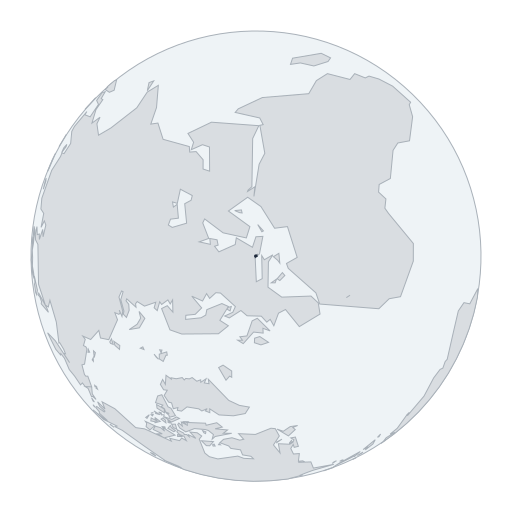 globe centered on Tiranë, rotated 224°
{"feature_id": "ALB-1529", "entity_name": "Tiranë", "entity_type": "County", "adm_level": 1, "iso_a3": "ALB", "parent_name": "Albania", "parent_adm1": "", "projection": "orthographic", "projection_center": [19.744, 41.26], "detail": "fine", "context": "on_globe", "style": "filled", "palette": "slate", "viewbox_px": 512, "rotation_deg": 224, "n_neighbors": 0, "source": "natural_earth", "source_scale": "10m", "svg_char_len": 11017}
<svg xmlns="http://www.w3.org/2000/svg" viewBox="0 0 512 512"><g transform="rotate(224 256 256)"><circle cx="256" cy="256" r="225" fill="#eef3f6" stroke="#a8b0b8"/><path d="M159.3,52.5L168.6,49.2L162.3,51.9L166.2,50.8L174.4,47.6L178.9,45.8L203.5,41.8L231.1,37.7L238.8,35.3L237.9,37.1L252.0,32.6L266.4,32.1L250.7,33.5L249.5,34.4L259.5,34.1L260.4,35.1L265.8,35.7L266.1,37.1L256.9,38.4L256.9,39.5L264.0,39.3L268.7,41.1L258.3,41.0L265.4,44.2L251.4,48.1L223.3,49.0L216.0,54.3L188.3,64.0L191.3,65.0L182.7,70.1L183.0,73.4L177.8,74.8L182.5,76.3L187.2,74.4L190.8,74.6L191.4,76.5L184.9,78.4L183.6,77.7L182.0,79.3L178.5,79.6L180.5,80.5L172.6,83.0L181.2,83.5L175.5,88.0L170.0,88.8L169.6,84.8L155.9,78.7L150.2,79.2L142.5,83.5L130.1,99.4L124.2,102.0L116.9,108.4L120.5,108.4L127.5,103.6L132.5,105.8L140.5,100.1L143.7,100.4L152.3,96.6L152.0,101.6L147.0,108.6L139.8,112.2L137.5,115.6L145.1,116.1L132.5,127.2L125.6,142.5L122.2,145.2L114.2,142.7L112.2,132.2L101.9,131.0L109.5,136.5L101.0,144.0L100.0,147.5L101.0,150.1L104.6,149.3L101.9,153.1L93.3,148.5L95.6,144.9L98.3,146.3L97.3,141.7L91.5,139.6L87.6,144.0L82.9,137.8L80.1,141.1L77.5,141.9L82.3,136.9L73.5,146.0L67.4,143.3L55.3,160.2L66.1,141.5L69.4,134.7L72.2,128.4L70.2,130.9L76.7,120.4L77.9,118.0L89.2,104.6L101.5,92.0L114.8,80.5L128.9,70.0L143.7,60.7L159.3,52.5ZM58.1,148.4L55.4,153.9L53.1,158.2L58.1,148.4ZM45.2,176.6L44.4,178.8L43.8,180.4L45.2,176.6ZM35.9,208.0L34.7,213.7L35.6,211.6L36.1,215.7L33.6,225.6L35.8,221.1L34.7,230.2L37.0,245.8L36.2,246.8L37.8,271.9L43.5,291.7L44.8,302.3L43.7,305.1L46.6,311.5L46.7,314.5L61.7,339.3L72.3,357.0L74.0,366.9L69.0,370.1L73.8,386.7L68.1,380.2L59.6,366.3L52.1,351.7L45.7,336.7L40.4,321.2L36.2,305.4L33.2,289.3L31.4,273.1L30.7,256.7L31.3,240.4L33.0,224.1L35.9,208.0ZM52.2,165.0L45.2,187.8L45.9,180.2L46.4,180.4L48.8,173.3L52.3,163.4L53.8,157.8L52.2,165.0ZM56.3,162.7L57.2,159.6L56.8,162.0L56.3,162.7ZM180.7,45.0L174.5,47.5L166.7,50.3L171.8,48.0L180.7,45.0ZM195.6,41.2L193.0,42.3L188.9,42.6L191.7,41.9L195.6,41.2ZM244.2,33.7L239.0,34.2L243.7,33.5L244.2,33.7ZM266.5,35.6L267.7,35.3L270.0,35.8L266.5,35.6ZM151.9,94.2L152.1,95.4L150.4,95.5L151.9,94.2ZM155.5,91.6L153.4,90.9L154.8,89.5L156.1,90.0L155.5,91.6ZM272.5,38.5L275.8,39.8L270.8,38.7L272.5,38.5ZM157.7,92.9L157.5,87.3L160.0,85.1L166.9,85.2L157.7,92.9ZM276.7,40.6L284.8,44.1L288.2,43.4L283.3,47.7L278.0,43.1L271.4,41.7L275.9,41.6L276.7,40.6ZM188.4,73.1L183.4,75.1L187.0,71.7L188.4,73.1ZM189.8,70.9L195.8,61.3L203.4,59.6L199.9,63.0L209.4,59.8L210.2,63.7L205.2,66.3L200.1,66.5L204.3,67.9L189.8,70.9ZM279.3,49.8L279.9,51.1L277.5,50.1L279.3,49.8ZM192.5,74.4L193.1,72.5L199.7,70.8L199.9,74.5L197.7,73.8L192.5,74.4ZM211.5,57.2L216.5,56.9L218.5,59.8L220.7,60.2L210.9,63.6L211.5,57.2ZM196.5,75.1L199.8,76.4L197.2,79.0L192.5,76.3L196.5,75.1ZM201.4,68.9L204.6,68.4L202.9,69.8L201.4,68.9ZM189.8,89.6L190.3,87.0L193.8,85.8L189.8,89.6ZM201.3,76.7L202.2,75.9L203.6,75.2L205.2,76.6L201.3,76.7ZM213.0,65.6L212.8,67.1L217.1,64.3L218.9,66.7L212.0,68.7L215.7,68.9L216.2,69.6L210.0,70.5L213.0,65.6ZM211.2,76.2L203.0,80.0L201.4,85.0L198.2,86.0L201.4,77.9L211.2,76.2ZM211.0,72.7L210.4,75.0L206.8,75.0L204.9,73.4L211.0,72.7ZM222.5,67.7L221.6,63.5L223.2,63.3L222.5,67.7ZM211.4,77.6L213.4,76.6L211.7,77.9L211.4,77.6ZM219.9,70.7L219.4,69.1L221.2,68.9L219.9,70.7ZM217.7,76.2L215.1,77.4L213.8,76.2L217.7,76.2ZM219.3,73.7L221.8,73.7L214.9,75.1L218.8,73.0L219.3,73.7ZM221.6,70.7L222.5,70.0L221.6,71.4L221.6,70.7ZM224.3,80.1L215.8,82.2L212.9,79.6L221.5,77.8L224.3,80.1ZM139.3,361.6L123.8,327.1L130.5,317.8L131.0,303.4L176.8,265.7L187.3,271.1L224.2,269.5L228.9,271.8L225.4,283.6L253.8,299.0L261.9,288.9L286.8,295.0L302.8,292.5L307.1,269.2L280.8,272.9L275.5,262.3L295.8,249.8L318.7,247.0L317.3,242.8L302.2,235.8L306.7,226.7L296.9,232.7L301.4,236.5L295.3,240.6L290.8,237.5L292.6,234.2L285.6,233.2L278.9,249.8L282.8,255.4L264.6,259.8L269.4,269.8L264.7,274.9L255.0,260.0L255.4,254.2L237.9,237.7L235.8,244.0L252.2,260.3L247.4,259.1L244.7,268.6L243.0,260.4L225.7,241.9L208.9,244.3L188.6,265.4L178.6,265.5L169.6,258.7L175.8,235.3L197.6,238.0L200.1,230.5L194.7,218.2L201.8,220.3L202.3,215.9L210.4,216.4L220.9,206.8L229.0,206.3L232.2,192.9L236.8,191.1L233.6,199.4L235.7,205.3L255.8,204.7L259.4,201.7L259.9,193.3L265.4,194.6L263.2,186.5L274.3,182.5L259.0,180.9L259.2,171.8L265.3,164.6L262.6,161.5L252.6,173.4L251.1,178.6L254.1,183.3L247.5,198.1L240.8,200.5L237.3,184.6L227.4,186.6L229.0,174.0L255.2,148.3L266.6,143.1L287.4,152.6L285.3,158.6L276.8,157.9L285.5,166.5L284.4,161.9L288.9,163.2L290.2,155.6L293.5,156.2L289.1,148.1L293.3,148.0L296.0,153.1L301.4,142.5L309.8,140.7L309.5,138.0L306.7,135.8L319.2,135.4L318.4,133.5L314.0,132.9L309.5,128.8L306.5,121.8L311.0,122.0L312.7,124.6L323.0,130.7L326.8,138.0L328.4,137.5L326.1,131.3L313.5,123.7L310.4,119.4L316.8,122.1L314.2,120.8L314.1,118.8L318.2,117.2L311.3,113.9L303.8,93.5L310.9,89.0L317.4,93.3L316.9,81.1L325.0,78.1L320.9,77.4L317.9,71.7L315.3,72.5L313.1,71.8L304.2,59.1L305.6,56.8L297.1,51.6L295.0,51.3L293.5,52.7L283.3,47.7L288.2,43.4L292.7,44.1L292.7,41.4L303.0,43.6L311.5,44.6L322.8,49.4L328.6,50.2L327.9,49.1L335.2,49.8L352.6,56.0L341.5,55.6L316.0,49.8L326.6,52.3L325.1,53.3L329.5,55.3L337.0,57.3L337.3,56.5L353.8,69.8L373.5,81.0L370.0,75.0L373.5,74.4L392.8,84.6L420.9,112.8L425.8,114.5L429.9,118.4L434.0,125.0L428.2,119.4L427.2,121.3L423.3,117.4L427.9,127.0L422.5,121.9L428.7,132.3L432.6,134.2L430.5,127.3L438.3,139.2L443.4,140.4L450.2,148.8L462.5,175.8L465.7,191.7L467.2,195.4L465.2,196.3L467.5,208.2L475.1,217.7L476.6,223.1L478.0,242.4L477.2,238.7L472.0,240.9L474.6,255.6L478.7,257.2L480.2,266.5L478.6,269.4L476.7,261.7L474.8,262.1L472.8,250.1L466.3,237.6L464.6,247.5L462.3,240.6L453.2,233.5L449.3,247.4L444.7,279.8L448.1,298.4L444.8,310.9L430.7,293.7L423.3,277.8L418.9,283.5L403.9,275.4L380.0,288.4L375.9,284.7L371.6,289.5L360.9,288.5L354.5,281.8L348.3,284.8L365.2,302.1L371.8,298.9L376.4,287.5L379.9,294.5L390.1,296.9L381.0,321.3L344.5,351.7L340.0,338.2L307.1,303.0L307.5,297.9L307.3,297.4L306.9,296.5L304.9,305.0L298.9,297.4L317.5,324.2L321.0,336.0L344.0,352.7L342.1,355.5L349.2,357.9L370.7,344.8L371.0,349.5L361.5,374.4L330.8,409.4L334.4,424.1L331.3,436.8L311.0,448.3L311.7,455.7L301.1,460.0L299.7,463.9L290.5,468.7L275.7,473.1L251.6,474.0L250.9,471.3L240.1,465.0L225.6,445.5L232.5,435.8L230.8,427.2L213.2,405.1L217.1,393.0L212.2,387.1L202.2,387.3L196.5,379.9L190.3,378.7L151.5,374.3L139.3,361.6ZM162.1,288.8L161.1,293.1L162.1,288.8ZM343.8,255.2L356.8,251.5L349.2,239.2L353.6,236.9L349.4,233.8L348.6,238.4L338.1,229.3L343.1,223.1L340.6,217.4L336.1,218.4L328.7,231.4L343.6,244.1L341.4,251.0L343.8,255.2ZM37.2,246.1L37.1,250.0L36.5,247.5L37.2,246.1ZM44.4,182.9L43.7,186.2L42.8,189.3L43.0,187.4L44.4,182.9ZM42.7,210.0L42.7,214.5L42.0,211.4L42.7,210.0ZM44.5,191.2L42.6,206.7L41.3,202.0L42.7,192.4L42.7,196.7L44.5,191.2ZM53.2,166.4L52.4,169.0L51.5,170.1L53.2,166.4ZM55.9,164.6L56.0,164.0L57.1,161.7L55.9,164.6ZM101.5,144.3L102.1,144.8L102.4,148.0L100.7,147.5L101.5,144.3ZM112.9,157.0L108.3,163.0L110.4,158.2L107.2,158.4L107.7,149.1L120.6,146.1L114.6,148.9L112.9,157.0ZM111.9,136.5L110.1,142.3L111.5,136.1L111.9,136.5ZM196.9,192.5L199.9,195.9L197.3,200.7L187.0,202.6L190.7,195.5L196.9,192.5ZM204.9,199.6L204.3,184.1L210.7,182.7L207.2,186.0L211.5,186.7L207.0,192.2L213.7,206.7L211.8,212.1L193.8,211.9L200.8,208.8L197.3,205.5L204.9,199.6ZM191.5,151.3L191.3,145.8L205.4,149.8L203.9,154.6L193.6,156.4L189.2,151.9L191.5,151.3ZM169.9,94.7L168.9,93.2L170.7,92.6L173.1,93.3L169.9,94.7ZM189.8,88.5L176.1,100.7L174.3,99.6L168.4,108.8L161.4,109.5L165.4,103.3L155.6,111.1L156.4,105.8L150.3,111.6L160.0,97.8L160.3,93.8L162.6,98.0L169.1,97.4L172.0,95.9L180.4,89.1L184.3,80.7L191.4,79.3L195.3,80.5L195.5,82.2L190.8,82.5L194.4,84.7L187.8,86.5L189.8,88.5ZM237.4,102.3L232.0,100.7L237.9,107.7L231.4,108.6L232.5,109.4L228.1,112.3L224.6,117.3L221.5,117.0L221.5,119.1L218.6,121.3L217.5,124.2L211.6,124.8L209.8,128.5L208.0,126.8L206.6,133.0L205.0,128.8L201.1,131.5L204.7,134.2L175.3,133.2L164.2,137.0L155.8,142.7L154.3,135.2L161.2,125.4L172.2,116.0L183.1,113.9L180.4,111.2L184.8,109.4L185.1,112.3L187.3,106.9L191.0,106.3L200.8,99.5L201.8,92.7L205.4,90.3L206.9,92.7L209.4,88.7L214.7,91.7L217.4,90.2L225.2,91.9L226.6,97.8L229.5,95.6L235.6,97.2L237.4,102.3ZM226.4,80.7L229.5,87.0L227.4,90.8L214.5,86.4L211.4,87.4L203.0,85.2L206.2,79.9L208.3,81.0L211.1,80.8L209.0,82.5L212.7,81.0L215.7,82.5L219.5,81.9L219.4,84.0L226.4,80.7ZM233.9,267.4L237.4,268.0L243.0,267.6L241.4,273.8L233.9,267.4ZM221.8,254.9L225.0,254.3L225.5,262.4L221.7,262.0L221.8,254.9ZM226.4,247.3L225.2,253.7L223.6,250.0L226.4,247.3ZM236.5,198.5L239.9,197.6L240.4,199.5L238.7,202.5L236.5,198.5ZM253.6,125.0L250.9,123.0L251.8,122.0L249.5,115.7L254.1,114.8L257.4,118.2L253.6,125.0ZM302.9,273.9L298.5,279.0L295.9,277.3L297.9,275.8L302.9,273.9ZM268.6,277.5L276.6,279.8L268.1,279.2L268.6,277.5ZM258.3,123.0L256.9,120.4L260.1,121.6L258.3,123.0ZM257.4,113.9L261.2,114.6L254.4,114.0L257.4,113.9ZM367.1,423.7L349.9,447.1L340.0,450.3L339.3,445.9L346.4,432.9L358.2,425.7L364.3,417.8L367.1,423.7ZM479.6,283.8L478.6,285.8L473.2,276.7L475.2,271.9L480.1,271.0L479.9,274.4L480.5,274.5L480.2,278.3L479.6,283.8ZM481.3,258.6L481.3,256.8L481.1,250.3L481.1,246.8L480.9,242.7L481.3,258.6ZM449.0,299.4L453.4,306.4L451.2,310.9L449.0,299.4ZM476.9,211.7L473.7,197.9L473.9,198.7L476.9,211.7ZM471.7,190.9L471.4,190.0L470.8,188.0L471.3,189.7L471.7,190.9ZM469.4,200.3L469.6,204.9L468.5,202.6L467.6,195.3L469.4,200.3ZM455.4,156.3L459.6,163.3L461.1,166.3L459.1,163.8L455.4,156.3ZM296.1,115.0L294.1,124.3L295.8,131.2L301.6,134.9L292.6,133.9L290.0,123.3L296.1,115.0ZM302.4,96.0L297.3,93.2L300.0,92.1L301.5,92.6L302.4,96.0ZM299.0,95.9L291.8,97.0L289.3,94.0L295.4,93.7L299.0,95.9ZM275.2,109.3L274.3,112.0L271.6,110.9L275.2,109.3ZM470.3,186.5L470.8,188.2L465.7,175.4L464.6,171.8L468.9,182.6L469.1,182.8L470.3,186.5ZM430.1,115.1L427.6,112.7L425.1,109.2L427.6,111.8L430.1,115.1ZM414.7,96.9L423.6,107.5L430.3,116.9L430.6,116.3L436.3,123.2L433.3,121.2L425.1,110.8L420.9,104.7L415.7,99.8L409.8,93.4L404.0,89.2L399.9,85.6L403.9,87.7L414.7,96.9ZM401.7,87.7L389.5,79.6L386.9,75.8L389.1,76.7L395.7,81.8L396.7,83.5L401.7,87.7ZM385.8,76.7L386.5,78.4L370.2,73.2L366.2,71.3L377.3,72.4L378.6,74.2L383.0,76.4L385.8,76.7ZM282.2,50.9L280.1,51.1L281.0,50.1L282.2,50.9ZM311.8,72.4L308.9,71.2L310.0,70.0L311.8,72.4ZM301.7,67.5L302.4,69.7L299.8,67.3L301.7,67.5ZM304.4,74.9L301.8,70.6L307.0,74.9L304.4,74.9Z" fill="#d9dde1" stroke="#a8b0b8" stroke-width="1"/><path d="M255.1,257.0L255.1,256.9L255.1,256.6L255.2,256.4L255.3,256.1L255.5,256.0L255.7,255.9L255.7,255.7L255.6,255.3L255.7,255.2L255.8,255.3L255.8,255.2L255.9,255.3L256.0,255.4L256.3,255.3L256.3,255.2L256.3,255.3L256.4,255.2L256.5,255.1L256.7,255.3L256.8,255.3L256.9,255.5L257.0,255.5L257.0,255.4L257.2,255.6L257.5,255.7L257.4,255.7L257.3,255.8L257.2,255.8L257.0,256.0L256.9,256.0L256.7,256.2L256.7,256.3L256.3,256.4L256.3,256.5L256.2,256.5L255.9,256.7L255.9,256.8L255.8,256.7L255.8,256.8L255.7,256.8L255.6,256.7L255.5,256.8L255.4,256.8L255.2,256.8L255.1,257.0L255.1,257.0Z" fill="#64748b" stroke="#1e293b" stroke-width="1.5"/></g></svg>